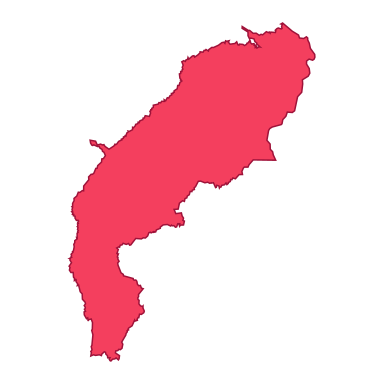 outline of San Pablo, Bolívar, Colombia
{"feature_id": "7082276B74291160895840", "entity_name": "San Pablo", "entity_type": "district", "adm_level": 2, "iso_a3": "COL", "parent_name": "Colombia", "parent_adm1": "Bolívar", "projection": "natural_earth1", "projection_center": [-74.204, 7.362], "detail": "fine", "context": "isolated", "style": "filled", "palette": "rose", "viewbox_px": 384, "rotation_deg": 0, "n_neighbors": 0, "source": "geoboundaries", "source_scale": "gbopen_adm2", "svg_char_len": 5877}
<svg xmlns="http://www.w3.org/2000/svg" viewBox="0 0 384 384"><path d="M77.1,233.3L77.2,237.8L76.6,237.6L77.0,239.0L74.8,240.6L74.7,242.8L73.8,244.3L74.2,246.8L73.4,250.9L72.5,251.6L72.9,252.3L71.2,254.2L70.8,253.7L71.6,255.2L71.1,256.5L71.7,257.2L69.6,258.4L70.3,258.5L69.9,260.0L71.5,262.7L69.1,266.2L70.0,267.4L69.4,270.1L70.9,272.5L73.2,272.5L73.5,277.2L74.5,278.4L74.4,280.5L75.9,279.5L76.3,280.0L76.0,281.6L77.7,283.9L77.3,285.6L78.6,285.1L80.2,291.7L82.2,293.9L82.4,299.2L85.1,302.2L85.5,303.8L84.2,305.6L85.3,307.2L85.1,308.7L84.4,309.2L85.5,311.3L84.1,311.9L84.3,314.9L86.5,318.7L87.7,317.9L88.1,321.0L88.6,319.7L91.2,319.0L92.5,322.6L92.3,329.3L91.7,330.3L92.9,334.8L91.9,345.4L91.2,346.5L92.0,349.8L90.8,351.6L91.4,352.5L90.8,356.0L93.5,354.8L95.5,355.4L99.3,354.8L101.4,355.6L101.9,354.0L104.3,351.8L105.5,352.3L105.9,354.2L107.4,355.6L107.7,357.8L110.0,357.7L109.2,359.1L110.0,360.6L110.9,361.0L112.6,359.2L114.9,358.9L116.1,357.9L118.4,359.9L119.1,358.7L119.5,355.7L115.4,352.9L115.8,350.9L117.8,350.6L118.9,349.3L120.3,349.7L122.0,348.3L122.8,344.2L121.7,342.1L125.9,334.9L126.0,333.6L127.3,331.8L127.1,330.7L128.5,329.9L128.0,329.5L128.5,328.2L132.1,325.8L134.6,320.1L135.0,321.1L137.4,320.3L137.1,319.3L138.1,317.5L138.8,317.6L139.5,314.2L141.4,314.4L143.8,312.7L144.3,311.1L143.0,308.1L143.0,305.9L142.4,306.5L140.4,305.8L138.9,303.8L139.1,300.3L138.0,299.5L137.8,297.7L138.6,296.6L138.5,294.5L143.2,288.7L141.4,288.1L140.4,285.4L138.8,285.7L137.5,284.4L136.8,281.2L135.8,280.0L134.3,280.2L133.3,279.5L133.2,278.5L123.5,275.8L123.3,274.4L121.0,272.8L118.0,265.1L117.7,262.9L119.1,261.3L117.8,259.0L118.0,257.6L117.3,257.0L118.2,254.3L117.6,254.6L117.5,253.3L117.0,253.3L118.3,249.5L116.7,248.0L118.9,246.8L119.6,247.2L120.2,245.2L122.0,244.9L123.1,243.3L126.3,244.4L128.5,243.5L129.7,245.2L130.8,244.9L135.7,238.5L141.4,238.9L143.3,237.8L145.4,238.0L147.7,235.9L148.8,232.8L150.3,232.2L151.1,232.9L153.8,231.5L154.5,231.7L154.2,232.2L155.7,231.9L156.4,229.9L160.3,228.3L160.3,227.1L163.2,224.9L167.4,224.5L170.6,226.0L171.5,225.1L172.2,225.8L173.8,225.6L175.4,227.2L176.6,226.9L177.8,223.7L179.6,223.7L179.1,224.6L179.6,226.3L180.4,225.1L183.5,225.0L184.4,221.1L182.9,220.4L183.5,218.1L182.1,215.9L181.4,212.9L175.8,213.6L174.1,209.4L178.2,209.1L179.4,203.2L182.7,200.7L184.4,201.4L185.0,198.5L186.8,197.9L187.3,196.0L189.3,194.7L190.1,191.5L191.9,191.6L192.3,190.2L194.4,189.5L194.1,187.9L195.5,186.7L198.3,181.3L200.6,181.1L204.9,182.8L207.6,182.2L209.8,183.3L211.2,182.9L211.1,182.3L211.7,183.1L213.4,182.7L215.6,187.6L216.3,187.3L216.8,185.3L218.9,185.9L219.4,188.0L220.0,187.0L220.9,187.1L221.8,185.3L224.5,184.8L226.0,183.0L226.9,184.6L228.3,183.4L228.3,182.6L230.3,181.5L230.7,179.5L231.9,179.7L232.9,178.0L235.4,178.8L239.1,174.6L242.5,174.5L241.9,171.4L243.4,168.0L244.3,167.1L248.0,167.1L249.1,164.6L253.2,159.9L275.7,160.2L273.3,155.0L272.6,151.7L270.3,149.3L270.1,144.0L266.9,140.3L268.6,130.5L269.8,128.5L272.3,127.0L281.2,124.6L282.0,123.8L282.8,119.6L285.9,116.3L287.3,112.1L292.3,112.5L294.6,110.8L297.6,96.7L301.7,92.3L302.7,83.9L302.4,79.8L308.2,76.2L309.8,73.2L309.2,68.5L306.5,64.0L306.6,61.0L309.1,59.1L312.6,60.2L314.1,59.2L314.9,57.2L314.7,54.4L310.4,48.4L309.3,43.2L307.7,39.9L307.7,38.0L306.4,36.8L303.7,38.5L299.5,38.0L298.5,35.0L292.4,31.3L282.6,23.0L280.9,24.0L282.4,24.5L281.6,26.3L282.0,28.5L281.2,28.9L278.2,28.0L276.8,28.7L275.3,30.2L275.8,30.6L275.4,32.5L270.8,32.1L270.2,33.3L269.2,32.0L268.4,32.6L266.3,31.7L262.7,34.8L261.0,34.3L259.3,35.3L256.2,33.2L253.1,33.3L249.6,30.4L248.3,30.4L242.2,26.5L242.1,28.3L248.0,32.0L248.0,35.7L249.6,39.0L250.7,38.1L254.0,38.9L254.9,41.5L256.8,43.1L256.6,43.8L260.1,47.0L259.0,46.8L257.0,48.0L256.5,46.2L256.2,47.5L255.5,47.5L255.8,46.4L255.3,46.9L255.4,45.9L254.7,45.6L255.5,45.2L254.5,45.0L254.0,43.6L251.8,44.0L249.8,41.9L250.4,41.2L249.9,40.4L247.8,43.1L247.0,43.2L246.5,44.4L244.5,45.5L243.0,44.4L239.5,44.1L239.0,45.1L237.9,44.8L236.7,41.8L234.9,43.5L230.1,44.2L228.4,42.2L229.1,40.7L226.7,41.3L225.6,40.8L224.9,43.3L224.0,42.2L221.9,42.6L218.5,45.2L213.5,47.5L211.8,47.4L208.8,49.6L208.4,51.0L206.0,49.5L205.4,50.3L204.1,50.4L203.0,52.2L200.1,51.8L200.1,52.7L197.9,54.9L194.7,57.1L194.0,55.7L192.4,56.0L188.8,59.1L188.0,57.5L187.6,59.3L185.9,60.0L185.3,61.4L183.7,60.7L181.8,61.8L183.2,65.2L182.2,67.3L182.9,69.1L182.2,69.6L181.8,71.5L180.7,71.5L180.7,73.5L179.4,73.9L179.9,78.2L180.9,79.4L180.5,80.1L181.8,81.0L179.9,82.5L179.1,85.4L177.7,85.5L177.2,88.8L174.1,90.8L174.2,92.2L173.2,92.4L173.0,93.4L171.4,93.5L171.7,94.9L170.0,95.7L168.7,98.0L167.3,97.7L165.7,100.7L164.2,99.7L164.4,101.4L161.6,101.3L160.7,102.8L158.9,102.6L158.2,104.1L153.3,105.2L153.3,107.5L151.8,108.3L151.7,109.6L150.8,109.7L150.6,111.0L149.9,111.3L150.6,113.0L149.4,116.4L145.2,115.7L144.3,118.0L143.1,118.1L142.9,119.6L139.9,120.8L139.2,122.6L138.2,122.1L137.7,123.7L135.6,124.4L135.5,125.5L133.3,127.9L132.6,127.4L132.5,129.7L129.3,131.4L128.2,131.1L128.5,131.7L126.8,133.0L125.9,136.1L125.2,135.6L124.4,136.9L123.5,136.9L123.3,138.3L121.4,139.2L121.8,139.9L118.6,141.4L116.9,143.9L115.6,144.7L115.0,144.2L114.0,145.9L109.0,149.2L105.0,146.4L103.9,144.6L102.9,145.0L100.5,144.1L97.3,145.0L95.6,141.2L90.1,140.2L90.6,143.1L91.8,145.1L92.8,145.5L93.7,144.9L97.7,146.6L99.2,146.5L100.0,148.2L102.0,149.4L102.5,151.3L104.0,152.3L105.4,155.6L103.4,158.6L101.8,158.9L101.5,162.1L97.7,165.6L97.1,168.3L95.8,168.4L93.9,173.1L92.5,174.3L91.1,174.3L88.6,176.9L88.8,179.7L83.7,186.0L83.6,190.8L82.3,190.6L79.9,192.4L78.3,192.2L76.8,196.0L74.0,198.4L74.1,200.6L72.6,203.4L72.6,206.3L71.9,206.7L72.6,207.4L72.0,209.7L72.6,211.3L71.7,211.7L72.9,212.9L72.4,214.3L73.7,214.5L73.4,215.7L75.1,216.3L75.0,218.1L76.4,220.4L78.1,220.3L78.6,221.1L77.7,222.5L78.3,223.4L77.5,223.8L77.9,225.9L77.2,226.6L78.0,227.5L77.5,229.7L78.3,230.5L77.6,231.9L78.0,232.5L77.1,233.3Z" fill="#f43f5e" stroke="#9f1239" stroke-width="1.5"/></svg>